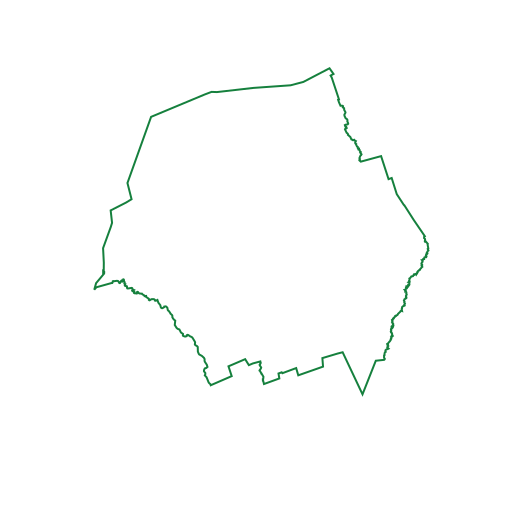 Hidalgo, Tamaulipas, Mexico, rotated 63°
{"feature_id": "50627088B14720065725755", "entity_name": "Hidalgo", "entity_type": "district", "adm_level": 2, "iso_a3": "MEX", "parent_name": "Mexico", "parent_adm1": "Tamaulipas", "projection": "robinson", "projection_center": [-99.235, 24.164], "detail": "fine", "context": "isolated", "style": "outline", "palette": "green", "viewbox_px": 512, "rotation_deg": 63, "n_neighbors": 0, "source": "geoboundaries", "source_scale": "gbopen_adm2", "svg_char_len": 6132}
<svg xmlns="http://www.w3.org/2000/svg" viewBox="0 0 512 512"><g transform="rotate(63 256 256)"><path d="M179.6,388.7L192.8,394.6L199.3,398.0L199.2,398.6L200.6,399.3L200.2,398.5L201.2,398.4L202.7,399.3L207.6,410.8L212.6,415.4L211.4,412.4L214.5,397.0L214.8,396.3L214.4,395.7L213.5,395.1L213.5,394.6L214.0,394.0L215.0,391.1L215.8,390.2L217.0,390.1L217.4,389.7L218.0,390.0L218.3,389.7L218.3,389.4L217.2,388.0L216.9,387.2L217.8,387.1L218.1,386.9L218.2,386.3L217.7,385.3L216.6,385.1L216.7,384.6L217.3,384.5L218.7,385.1L219.8,384.9L220.7,385.8L221.1,385.8L221.7,385.2L222.7,386.3L223.0,386.3L223.8,385.6L224.1,384.9L224.5,384.8L225.9,385.4L226.4,385.4L226.8,384.9L228.0,381.2L228.4,380.9L229.4,381.2L230.4,380.5L230.2,381.5L230.6,382.1L231.3,382.0L232.4,380.6L232.7,380.6L233.0,381.3L233.5,381.5L234.2,381.0L234.7,380.0L235.2,379.5L235.3,379.1L234.1,378.3L234.1,377.9L234.5,377.5L235.9,377.3L236.6,376.7L237.8,374.7L238.4,374.7L240.5,373.4L241.2,373.5L241.7,372.1L242.5,372.5L245.5,370.9L246.5,371.4L247.1,371.1L247.2,370.7L247.0,368.8L247.8,367.1L248.3,366.4L249.1,366.0L249.8,366.3L250.4,365.6L250.4,363.8L253.3,364.2L256.3,363.6L258.6,364.1L259.3,363.9L259.9,363.4L260.0,362.7L259.9,361.1L259.4,360.7L259.6,360.1L259.9,359.3L260.4,358.9L261.9,358.5L264.0,359.1L264.8,359.0L265.6,358.6L267.8,358.3L268.4,358.4L270.6,357.6L271.5,357.7L272.4,358.3L273.8,358.3L275.4,358.0L276.9,357.3L280.6,359.7L284.0,359.4L285.3,358.9L286.7,357.6L290.1,357.6L292.3,356.4L293.5,357.2L294.1,357.2L295.5,355.9L295.8,355.2L295.9,354.1L295.3,353.8L295.1,353.3L295.2,352.7L295.7,352.2L297.8,351.1L298.9,350.1L300.1,349.7L304.1,349.4L305.2,349.4L307.0,350.6L307.9,350.5L309.6,349.4L310.6,349.2L314.8,351.2L317.2,351.4L317.9,351.3L320.4,349.6L323.1,348.6L324.5,348.6L326.0,349.4L326.9,349.6L330.6,349.2L332.8,349.6L333.2,351.1L332.9,352.4L333.2,353.1L334.2,354.2L335.1,354.7L337.3,354.3L338.3,354.8L339.1,355.8L341.6,355.1L347.2,355.6L348.1,355.4L349.6,354.8L350.6,355.0L352.0,332.2L341.8,330.6L343.0,312.5L350.0,311.9L350.3,307.6L351.9,300.0L352.3,300.1L352.2,300.4L352.4,300.5L353.2,300.4L353.2,300.7L353.6,301.0L353.9,301.0L354.7,301.9L354.7,302.2L355.1,302.3L357.7,302.0L358.5,302.8L359.4,304.6L359.7,304.9L360.5,304.6L363.3,304.6L363.3,304.4L367.0,304.2L368.8,305.4L368.8,305.8L370.1,306.4L370.2,306.2L373.7,307.0L375.7,290.8L370.9,289.3L371.3,285.9L372.4,285.7L374.1,271.1L381.5,272.5L385.0,246.5L377.1,243.2L380.0,227.4L381.1,222.5L427.6,223.9L403.7,196.8L406.7,189.0L406.5,188.3L406.0,187.9L404.8,188.1L402.7,187.0L402.7,186.5L400.9,185.5L400.0,184.2L400.1,183.9L399.3,183.8L398.7,183.3L398.4,181.9L398.4,181.2L398.7,181.0L398.7,179.9L397.8,180.2L397.1,180.0L396.9,180.2L396.6,179.7L396.2,179.7L396.1,179.0L395.6,179.1L395.3,178.9L394.8,179.2L394.0,179.1L394.1,178.1L393.7,177.9L392.8,175.8L392.8,175.5L391.9,174.0L391.4,173.9L391.3,173.3L390.7,173.1L390.5,172.5L389.5,172.4L389.5,171.6L389.1,171.8L388.7,171.4L388.9,170.5L388.3,170.6L387.6,170.2L387.0,170.3L386.8,170.0L386.2,169.9L385.3,170.3L385.0,170.0L384.4,170.1L384.0,169.4L383.0,169.3L382.6,169.0L382.3,167.8L381.7,168.1L381.2,167.4L380.3,167.2L380.2,166.9L380.6,166.5L381.2,166.5L381.4,166.2L380.3,165.1L378.6,165.0L378.6,164.6L377.3,164.7L376.9,164.4L376.6,164.7L376.1,164.2L375.4,164.1L375.1,163.4L374.7,163.5L374.7,163.0L374.3,162.7L374.3,162.2L373.9,162.1L373.9,161.2L373.5,161.0L373.2,159.5L372.7,159.2L373.0,158.5L372.6,158.1L372.8,157.1L372.6,156.4L372.0,155.7L371.0,152.3L370.7,152.1L370.7,151.2L371.2,150.8L369.4,150.3L369.2,149.8L367.9,149.1L367.5,147.9L367.6,146.9L367.2,146.5L367.6,146.3L367.6,146.0L366.5,145.8L366.1,144.9L364.4,144.9L364.1,144.4L362.8,144.4L362.6,144.0L362.0,143.5L361.8,141.2L361.2,140.8L360.6,141.1L360.0,140.5L359.6,140.5L359.2,140.1L358.9,139.3L357.7,139.2L357.4,138.8L356.5,138.5L355.8,138.7L355.2,138.3L354.8,138.4L355.0,139.0L354.4,138.8L353.7,138.9L353.9,138.4L353.5,138.0L353.4,137.0L352.6,136.8L353.0,136.1L352.3,135.7L352.4,135.1L352.0,135.1L351.6,135.8L351.3,135.8L351.4,135.1L352.0,134.6L352.0,134.0L351.1,133.6L351.6,133.2L351.5,132.9L350.9,132.9L350.7,132.0L349.5,131.8L349.1,131.2L348.5,131.9L348.2,130.8L347.4,130.7L347.2,130.2L346.5,129.8L345.7,129.6L345.6,128.6L344.7,126.8L345.2,125.6L345.2,125.2L344.0,123.6L344.1,123.3L344.6,123.2L344.4,122.4L344.7,122.3L344.8,121.9L345.2,121.8L344.9,121.5L344.9,121.0L344.6,120.9L344.6,120.4L344.0,120.0L344.0,119.5L343.4,119.4L342.9,118.2L343.0,117.7L342.6,117.1L342.7,116.1L342.2,115.8L341.7,114.2L341.1,113.5L341.2,112.8L340.3,112.4L339.5,112.8L339.3,112.7L339.0,111.9L337.9,112.1L336.9,111.0L336.9,110.4L336.0,109.7L335.0,110.0L335.2,109.1L334.6,108.6L334.6,108.1L335.0,107.5L333.8,106.7L333.9,106.2L333.6,105.3L334.2,104.8L333.8,104.3L332.7,104.4L332.3,103.6L331.9,103.6L331.8,102.5L331.6,102.1L331.2,102.0L330.7,102.4L329.6,100.8L329.4,99.9L327.7,99.8L327.6,99.1L323.7,97.9L323.2,97.4L320.2,98.1L320.2,98.7L319.9,99.0L319.5,98.9L318.2,97.9L317.3,97.7L316.3,98.1L315.0,97.3L315.0,96.6L295.5,99.1L278.1,100.8L277.6,101.6L277.7,101.1L264.8,102.5L248.1,99.7L247.7,103.0L223.8,99.2L219.5,119.8L217.9,120.4L217.8,120.1L217.6,120.2L216.9,119.5L216.6,119.8L215.5,119.2L213.8,117.1L213.8,116.5L213.3,115.8L211.3,116.2L211.2,115.6L210.8,115.4L209.7,115.8L208.7,115.8L208.4,115.6L208.0,116.0L207.3,115.6L207.2,116.3L206.3,116.0L206.0,116.3L205.7,116.2L205.0,115.8L204.2,116.3L202.0,116.2L201.7,115.9L200.8,116.4L199.9,116.1L199.0,114.9L198.5,115.4L197.1,115.7L197.1,116.5L196.8,117.1L196.2,117.2L196.1,117.5L195.4,118.1L192.8,117.9L189.8,119.1L189.4,118.7L188.3,118.8L187.4,119.3L183.5,119.2L182.6,117.9L182.5,117.4L183.3,117.8L183.2,117.1L182.6,117.0L180.8,117.6L179.7,117.4L179.7,116.5L180.3,114.5L180.0,113.8L178.6,113.5L177.7,113.6L176.4,112.8L175.4,112.8L174.0,113.6L171.2,113.5L170.2,113.1L168.9,111.2L168.2,111.0L165.9,111.1L164.3,110.4L163.0,111.2L162.0,110.4L161.7,110.5L161.1,111.1L160.5,112.5L156.8,112.3L154.1,111.9L154.2,111.0L131.4,107.5L129.1,107.6L129.0,104.3L122.1,105.3L122.4,134.8L119.6,147.7L105.1,181.9L92.2,216.4L89.6,221.1L88.8,228.4L84.4,286.3L132.6,337.4L148.9,341.1L149.4,347.5L149.4,364.8L161.1,369.2L164.2,372.2L179.6,388.7Z" fill="none" stroke="#15803d" stroke-width="2"/></g></svg>